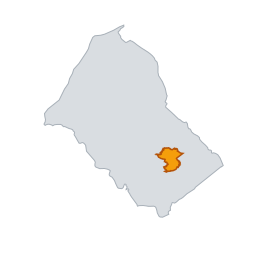 North Gonja, Northern, Ghana (highlighted), rotated 142°
{"feature_id": "2480657B69696031481498", "entity_name": "North Gonja", "entity_type": "district", "adm_level": 2, "iso_a3": "GHA", "parent_name": "Ghana", "parent_adm1": "Northern", "projection": "mercator", "projection_center": [-1.377, 9.69], "detail": "fine", "context": "in_parent", "style": "filled", "palette": "amber", "viewbox_px": 256, "rotation_deg": 142, "n_neighbors": 0, "source": "geoboundaries", "source_scale": "gbopen_adm2", "svg_char_len": 6421}
<svg xmlns="http://www.w3.org/2000/svg" viewBox="0 0 256 256"><g transform="rotate(142 128 128)"><path d="M155.6,36.4L157.5,38.1L157.9,39.2L157.2,43.0L155.9,45.6L155.0,48.1L155.1,49.4L155.9,50.6L158.7,52.6L160.2,53.8L161.9,55.7L163.8,57.6L167.2,60.1L168.6,60.5L168.5,61.2L168.0,62.1L167.7,71.2L167.5,73.6L167.2,74.8L166.9,78.2L166.6,78.7L165.9,78.6L165.4,78.8L165.2,79.4L165.4,80.1L167.5,80.6L167.0,81.1L165.5,81.6L164.8,82.6L165.1,83.8L164.3,84.7L164.6,85.3L165.1,85.8L165.9,85.6L168.3,84.1L169.3,83.9L170.5,84.2L172.7,86.6L172.8,87.8L171.9,91.8L171.0,94.9L170.8,99.0L171.8,101.3L171.7,102.6L170.6,103.7L168.3,105.2L168.5,106.3L169.6,108.3L171.5,110.6L175.3,113.4L177.4,117.0L177.4,118.5L176.2,120.0L174.8,121.2L174.4,123.1L175.0,135.2L172.0,140.5L172.0,142.0L172.3,143.7L173.1,144.8L174.6,145.1L175.9,146.1L175.4,149.8L174.8,153.6L174.7,155.4L174.3,156.3L173.1,157.0L172.7,158.1L173.0,159.6L172.7,160.7L173.4,162.1L174.7,163.8L177.0,168.2L177.8,168.5L178.2,169.4L178.0,170.3L178.8,172.2L181.3,174.2L183.9,175.8L185.9,176.1L186.4,177.6L187.8,179.5L188.8,180.3L190.4,180.9L191.7,181.1L191.8,182.8L189.4,183.9L187.8,185.5L186.6,188.0L184.9,190.8L179.2,192.3L176.9,192.3L165.1,192.4L154.0,197.8L147.6,199.8L143.6,202.9L138.3,205.1L134.6,207.7L127.0,209.0L114.4,213.2L110.4,214.8L106.5,217.7L100.0,221.1L97.4,221.1L92.4,217.9L88.6,216.3L79.2,213.9L72.3,212.9L68.9,211.9L68.0,211.7L68.8,210.5L70.7,210.5L72.7,210.8L74.3,210.0L76.6,209.8L77.1,208.9L77.3,206.6L77.3,204.8L78.1,203.9L78.3,201.8L77.2,196.9L76.4,196.4L72.3,195.7L72.0,194.7L71.3,193.7L70.5,191.2L69.6,187.5L68.2,182.9L65.5,175.3L64.8,172.6L64.3,169.8L64.2,166.6L64.8,165.3L64.7,163.6L64.5,162.0L66.4,158.1L70.2,153.3L71.0,151.6L71.7,150.4L71.8,148.7L72.4,143.2L74.2,136.5L75.4,134.0L76.1,132.6L77.1,130.4L77.3,129.3L80.8,126.7L82.4,126.0L82.7,124.9L82.2,123.8L82.4,123.0L83.3,122.7L84.5,122.3L85.5,121.3L84.0,113.0L82.8,104.7L82.8,104.0L82.0,102.9L81.3,99.5L80.2,97.5L78.5,96.9L78.5,95.0L80.2,91.9L80.6,90.0L79.8,89.4L79.7,88.0L80.3,85.6L80.0,84.2L79.7,82.7L78.0,79.0L77.6,76.5L78.5,75.0L78.4,71.7L77.5,66.6L77.3,63.4L78.0,62.1L77.7,60.8L76.4,59.6L76.3,58.4L77.4,57.3L77.3,56.4L75.9,55.8L74.7,54.2L73.7,51.7L73.9,47.7L75.9,40.4L76.1,39.8L78.4,39.9L78.4,40.2L85.4,40.1L93.4,40.0L102.9,39.9L111.6,39.8L111.9,39.5L113.4,39.1L122.1,39.9L127.6,39.5L129.9,39.7L131.6,40.2L135.4,39.9L137.4,40.1L138.9,41.9L139.5,41.9L140.4,41.1L141.9,40.3L143.4,39.6L144.5,38.1L145.2,37.0L146.2,37.3L147.6,37.2L148.6,36.3L149.0,34.9L155.6,36.4Z" fill="#d9dde1" stroke="#a8b0b8" stroke-width="1"/><path d="M100.4,74.2L100.7,74.5L100.9,74.6L101.0,74.8L101.7,75.5L101.9,75.9L102.3,76.5L102.3,76.8L102.4,77.1L102.5,77.2L102.6,77.3L102.6,77.5L102.6,77.9L102.6,78.0L102.7,78.5L102.8,78.6L102.8,78.8L103.0,78.9L103.1,79.1L103.3,79.3L103.1,79.5L102.9,79.6L102.7,79.8L102.8,79.9L102.6,80.2L102.6,80.3L102.5,80.5L102.3,80.7L102.3,80.8L102.1,81.1L102.3,81.4L102.3,81.5L102.6,81.8L102.7,82.1L103.3,81.9L103.5,81.9L103.6,82.0L103.7,82.4L103.9,82.4L103.9,82.5L103.6,82.7L103.6,83.0L103.9,83.1L103.9,83.3L104.4,83.2L104.4,83.3L104.4,83.5L104.5,83.5L106.3,83.6L106.6,83.8L106.9,84.1L107.1,84.5L107.3,84.6L107.4,84.9L107.6,85.0L107.7,85.4L107.6,85.7L107.5,85.9L107.6,86.1L107.8,86.2L107.8,86.4L107.8,86.5L108.0,87.0L108.2,87.4L108.5,87.5L108.9,87.6L109.3,88.1L109.9,88.4L110.1,88.7L110.3,88.7L110.5,88.8L110.7,89.0L110.9,89.1L111.2,89.4L111.2,89.6L111.4,89.8L111.5,89.8L111.5,89.7L111.7,89.9L111.9,89.9L112.0,90.0L112.3,89.9L112.5,89.9L112.4,89.8L112.4,89.7L112.6,89.7L112.5,89.4L112.9,89.2L113.0,89.2L113.3,88.9L113.4,89.1L113.5,89.1L113.5,89.3L113.6,89.6L113.9,89.6L114.0,89.5L114.2,89.4L114.1,89.6L114.3,89.5L114.3,89.4L114.2,89.4L114.3,89.4L114.4,89.1L114.5,89.0L114.4,89.0L114.4,88.9L114.5,88.9L114.5,88.7L114.8,88.7L115.0,88.6L114.9,88.8L115.5,89.0L115.7,88.9L115.8,88.9L116.0,88.9L116.0,88.7L116.3,88.6L116.6,88.7L116.8,88.6L116.8,88.3L117.1,88.4L117.0,88.2L117.2,87.9L117.3,88.0L117.3,87.9L117.3,88.0L117.4,87.9L117.4,88.0L117.5,88.0L117.6,87.8L117.6,87.7L117.8,87.5L118.0,87.4L118.2,87.5L118.2,87.4L118.3,87.4L118.4,87.2L118.5,87.3L118.5,87.2L118.8,87.3L118.8,87.2L118.7,87.1L118.9,87.1L119.1,87.2L119.3,87.4L119.5,87.5L119.8,87.8L120.0,88.2L120.3,88.6L120.6,88.7L121.2,89.6L121.5,89.8L121.8,89.9L121.5,89.4L121.4,89.3L121.4,89.2L121.5,89.2L121.4,89.1L121.4,88.9L121.1,88.7L121.3,88.6L121.2,88.3L121.4,88.0L121.5,87.9L121.4,87.7L121.5,87.6L121.6,87.4L121.6,87.1L121.7,86.7L121.8,86.6L121.8,86.0L121.6,85.8L120.7,83.4L120.5,83.2L120.3,83.1L119.8,82.5L119.8,82.4L119.8,82.2L119.0,81.5L118.3,80.7L118.1,80.5L118.1,80.4L118.2,80.2L118.6,80.1L118.8,79.9L119.3,79.7L119.4,79.4L119.7,79.3L119.8,79.2L119.6,79.1L119.5,78.9L119.6,78.7L119.6,78.4L119.5,78.1L119.5,77.9L119.3,77.9L119.2,77.7L119.0,77.4L118.9,77.4L118.9,77.1L118.7,77.0L118.8,76.8L118.8,76.7L118.9,76.4L118.9,76.2L118.7,75.9L118.8,75.6L118.7,75.4L118.7,75.1L118.8,74.7L119.0,74.7L119.4,74.7L119.4,74.8L119.5,74.9L119.9,74.9L119.8,74.7L119.8,74.4L120.0,74.2L119.9,74.4L120.0,74.6L120.3,74.6L120.6,74.8L120.9,74.8L121.1,74.8L121.2,74.4L121.2,74.2L121.5,74.2L122.0,74.1L122.2,74.4L122.4,74.5L122.5,74.5L122.6,74.9L122.8,75.0L123.1,75.0L123.4,74.9L123.8,75.2L123.9,74.9L123.8,74.7L124.0,74.5L123.8,74.3L123.8,74.2L124.1,73.8L124.1,73.7L124.1,73.4L124.2,73.2L124.1,72.7L123.9,72.6L123.7,72.2L123.7,71.3L123.7,70.9L123.7,70.5L124.1,70.4L124.4,70.6L125.2,71.1L125.3,71.1L125.7,71.2L125.4,70.6L125.3,70.4L125.2,70.2L124.9,70.1L124.8,69.9L124.7,69.6L124.3,69.7L123.6,69.3L123.1,69.2L122.8,68.9L122.3,68.8L122.1,68.6L121.8,68.2L121.6,68.1L121.4,68.0L121.2,68.1L120.9,68.1L120.8,67.9L120.6,67.9L120.5,68.0L120.1,67.6L119.9,67.2L119.5,67.1L118.6,66.7L118.2,66.4L117.8,66.4L117.1,66.3L116.2,66.0L115.4,66.0L114.5,66.4L114.3,66.6L114.2,66.6L113.9,66.5L113.7,66.6L113.5,66.9L113.3,67.0L113.2,66.9L113.1,67.0L113.0,66.9L113.0,66.6L112.9,66.3L112.8,66.2L112.7,66.4L112.1,66.4L112.1,66.6L111.2,67.0L110.9,67.0L110.8,66.7L110.6,66.7L110.3,66.9L110.0,66.9L110.3,67.4L110.7,67.5L110.5,67.8L110.4,67.9L110.2,67.9L109.9,67.8L109.6,67.7L109.6,68.0L109.4,68.3L109.1,67.9L108.8,68.1L108.8,68.4L108.7,68.3L108.6,68.6L108.2,68.7L108.1,69.1L108.2,69.4L108.4,69.6L108.3,69.9L108.5,70.1L108.3,70.2L108.4,70.3L108.4,70.5L108.5,70.6L108.3,70.7L108.2,70.8L108.3,71.1L108.5,71.3L108.5,71.6L108.5,71.9L108.5,72.0L108.8,72.2L108.8,72.3L108.7,72.6L108.8,72.8L108.5,74.2L108.4,74.2L108.1,74.3L107.5,74.3L100.4,74.2Z" fill="#f59e0b" stroke="#b45309" stroke-width="1.5"/></g></svg>